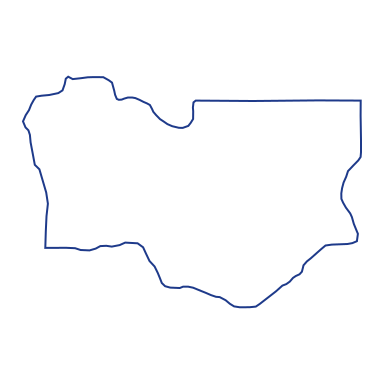 Noya, Estuaire, Gabon (Mercator projection)
{"feature_id": "22940354B97736756734811", "entity_name": "Noya", "entity_type": "district", "adm_level": 2, "iso_a3": "GAB", "parent_name": "Gabon", "parent_adm1": "Estuaire", "projection": "mercator", "projection_center": [9.982, 0.76], "detail": "fine", "context": "isolated", "style": "outline", "palette": "blue", "viewbox_px": 384, "rotation_deg": 0, "n_neighbors": 0, "source": "geoboundaries", "source_scale": "gbopen_adm2", "svg_char_len": 1760}
<svg xmlns="http://www.w3.org/2000/svg" viewBox="0 0 384 384"><path d="M360.7,100.6L318.1,100.4L253.0,101.0L195.7,100.6L193.5,102.4L192.9,107.6L193.2,111.2L193.1,119.0L190.6,123.0L188.3,125.9L182.7,127.9L178.9,127.8L172.2,126.2L167.4,124.1L163.8,121.6L160.0,119.1L156.1,115.1L153.3,111.8L152.0,108.9L149.9,105.0L147.0,103.4L143.5,101.9L139.6,99.9L135.4,98.1L132.1,97.5L128.0,97.5L124.2,98.6L121.7,99.6L118.8,99.8L116.8,98.9L115.1,94.8L114.2,90.6L112.0,82.6L108.7,80.2L103.3,77.2L93.7,77.1L87.7,77.3L80.9,78.2L72.7,79.1L68.2,76.7L65.8,78.7L64.7,84.2L62.5,90.4L58.3,93.1L49.2,95.0L41.6,95.7L36.1,96.6L33.7,100.1L31.2,104.6L29.0,110.1L25.7,115.2L23.0,121.4L25.5,127.4L28.4,130.3L29.9,134.9L30.6,142.4L32.8,154.0L34.8,164.8L39.4,169.3L46.2,192.5L47.9,203.7L46.5,216.2L45.8,231.3L45.3,247.9L66.1,247.8L75.1,248.2L80.6,250.0L89.5,250.4L95.7,248.6L100.3,246.1L106.3,245.8L111.8,246.6L119.6,245.1L125.2,242.6L137.6,243.3L143.1,247.3L145.8,253.2L149.5,261.0L154.6,266.5L157.8,273.0L159.9,278.1L161.8,283.0L165.1,286.2L170.2,287.6L179.4,288.0L179.8,288.0L183.0,286.7L188.3,286.7L193.1,287.7L201.2,291.0L205.7,292.8L211.0,295.1L216.0,296.8L219.7,297.1L225.6,300.2L229.9,303.8L234.1,306.4L240.0,307.3L249.8,307.2L255.8,306.6L259.8,303.9L275.9,291.4L282.4,285.6L286.3,284.1L289.8,281.6L293.0,277.9L295.8,276.0L299.5,274.3L301.9,271.7L302.8,268.2L303.5,265.3L306.9,261.4L310.8,258.3L317.0,252.8L321.2,249.1L325.5,245.5L331.9,244.6L347.5,244.0L352.4,243.1L356.9,241.2L357.9,233.8L356.6,230.7L353.8,223.8L351.9,217.1L350.2,213.4L345.9,207.6L343.1,202.7L341.4,198.9L341.3,193.4L342.1,188.1L343.6,182.5L346.2,176.7L348.0,171.1L350.2,168.8L353.3,165.5L358.3,160.4L360.6,157.0L361.0,152.3L361.0,140.0L360.6,115.7L360.7,100.6Z" fill="none" stroke="#1e3a8a" stroke-width="2"/></svg>